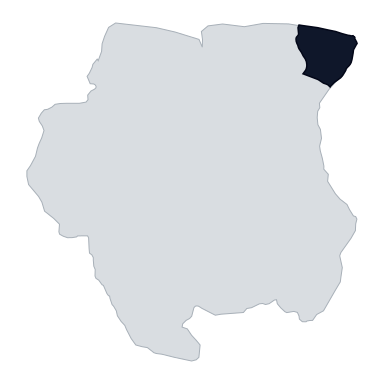 Marowijne highlighted on a map of Suriname
{"feature_id": "SUR-67", "entity_name": "Marowijne", "entity_type": "District", "adm_level": 1, "iso_a3": "SUR", "parent_name": "Suriname", "parent_adm1": "", "projection": "albers", "projection_center": [-54.373, 5.594], "detail": "fine", "context": "in_parent", "style": "filled", "palette": "ink", "viewbox_px": 384, "rotation_deg": 0, "n_neighbors": 0, "source": "natural_earth", "source_scale": "10m", "svg_char_len": 3005}
<svg xmlns="http://www.w3.org/2000/svg" viewBox="0 0 384 384"><path d="M343.4,75.1L336.6,80.9L329.2,89.1L319.4,103.2L319.8,107.7L317.7,111.3L317.2,117.6L317.9,124.7L320.4,129.4L321.5,138.3L319.6,146.2L320.3,150.9L322.3,158.2L323.9,166.1L323.8,169.2L326.1,171.8L328.3,174.3L327.6,181.3L335.4,193.8L340.1,199.2L347.0,204.5L349.5,209.6L353.4,215.9L355.7,216.6L356.9,219.1L355.7,223.9L355.4,230.6L351.0,238.3L340.9,252.5L339.7,255.8L342.3,267.6L340.9,277.2L340.3,281.9L335.3,290.3L323.5,310.8L316.7,314.5L312.6,320.4L309.9,320.5L307.0,321.0L306.0,321.8L302.3,321.7L299.4,319.1L299.0,316.0L297.4,312.4L293.8,311.4L286.8,312.6L284.9,311.7L280.8,307.9L277.3,303.7L276.5,299.7L274.3,300.1L269.1,303.7L265.5,304.5L262.7,303.5L259.5,303.8L251.5,307.7L246.8,308.5L243.4,312.5L221.1,314.2L215.3,315.2L202.0,308.4L198.6,306.2L196.8,305.9L195.3,306.2L193.9,307.7L191.7,316.2L189.6,318.5L186.1,320.4L182.7,323.8L182.1,327.1L187.3,328.9L191.6,335.3L196.3,340.4L200.1,345.0L199.6,350.1L198.9,357.3L196.2,359.8L191.6,361.0L174.7,357.4L161.8,354.2L156.3,353.5L153.9,352.7L150.6,350.1L147.4,347.6L142.1,346.7L135.8,345.0L131.2,338.6L126.5,329.5L124.8,325.4L121.1,321.4L117.4,315.8L116.3,310.8L113.6,306.2L112.1,304.6L110.0,298.4L109.6,296.0L108.5,295.7L107.0,293.7L104.1,287.0L103.4,285.4L102.1,284.8L98.7,280.1L96.0,278.4L95.0,276.0L95.2,269.5L93.8,266.2L93.3,260.1L93.3,257.6L91.9,254.9L89.5,253.1L89.1,248.7L88.6,237.7L87.5,235.8L77.6,235.9L76.6,236.9L72.3,237.6L67.5,237.7L63.2,236.2L59.6,234.2L58.9,231.8L59.5,224.2L53.7,218.4L44.6,211.2L41.9,202.2L38.6,196.5L28.6,184.6L26.9,176.5L26.9,170.8L30.5,165.6L35.5,156.3L37.5,148.0L39.1,143.6L41.7,137.9L44.0,130.5L42.3,125.9L39.3,121.4L38.4,118.1L41.3,113.2L44.3,109.8L47.6,109.3L51.8,107.2L55.1,104.3L60.2,103.5L66.5,103.3L79.4,103.3L86.0,102.1L88.0,99.7L87.7,95.1L91.0,91.0L94.5,89.2L95.9,87.9L96.1,86.3L95.2,84.9L93.8,84.0L90.2,83.7L87.1,76.4L89.3,73.3L92.1,67.5L92.9,64.3L97.2,59.1L98.2,60.7L101.6,51.4L102.1,43.8L104.6,36.3L108.6,27.4L115.6,23.0L156.4,27.7L175.0,32.0L199.0,39.4L202.3,47.2L202.5,39.4L201.4,31.5L208.0,25.9L222.6,24.0L244.4,26.7L263.1,23.4L288.5,23.9L327.2,30.3L344.5,34.6L351.7,38.6L353.0,45.7L352.3,54.8L349.5,63.4L343.4,75.1Z" fill="#d9dde1" stroke="#a8b0b8" stroke-width="1"/><path d="M342.2,76.0L340.6,77.8L334.3,82.4L330.8,85.9L330.1,87.0L328.1,85.0L327.4,84.6L326.3,84.1L323.4,83.1L318.8,80.0L317.7,79.4L303.0,73.8L305.7,70.1L306.1,69.2L306.4,68.3L306.6,67.3L306.8,66.2L306.8,64.5L306.4,61.7L305.2,58.8L303.2,55.9L301.5,52.5L299.0,48.8L298.4,47.4L297.7,44.9L297.0,43.7L296.4,41.9L296.2,41.3L296.0,39.2L296.1,38.2L296.4,37.3L298.0,35.4L298.6,34.2L298.0,27.7L298.6,26.0L299.0,25.0L301.5,25.4L317.8,27.7L327.8,29.9L335.6,31.5L342.3,33.7L348.2,35.3L350.0,35.5L351.0,35.9L353.1,35.7L353.5,36.4L354.4,36.7L354.9,37.6L354.7,38.4L356.7,42.2L357.1,43.6L356.4,44.5L354.4,48.2L353.5,49.8L353.1,53.1L352.0,59.4L351.1,62.6L350.1,64.4L348.6,66.2L347.2,67.5L346.5,68.3L346.1,69.0L345.6,70.6L342.2,76.0Z" fill="#0f172a" stroke="#020617" stroke-width="1.5"/></svg>